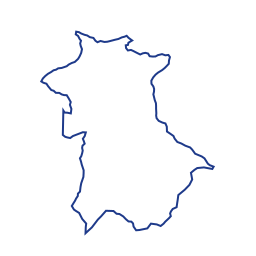 the district of Princesa Isabel, Paraíba, Brazil, rotated 352°
{"feature_id": "56859067B23626144557012", "entity_name": "Princesa Isabel", "entity_type": "district", "adm_level": 2, "iso_a3": "BRA", "parent_name": "Brazil", "parent_adm1": "Paraíba", "projection": "mercator", "projection_center": [-38.007, -7.646], "detail": "fine", "context": "isolated", "style": "outline", "palette": "blue", "viewbox_px": 256, "rotation_deg": 352, "n_neighbors": 0, "source": "geoboundaries", "source_scale": "gbopen_adm2", "svg_char_len": 2467}
<svg xmlns="http://www.w3.org/2000/svg" viewBox="0 0 256 256"><g transform="rotate(352 128 128)"><path d="M90.1,25.4L89.3,28.0L91.4,29.9L92.4,32.9L93.6,35.0L92.4,37.6L92.6,40.1L93.4,43.5L92.1,47.1L90.0,50.4L88.2,52.6L84.5,55.2L81.3,55.8L78.2,56.9L75.9,58.3L70.7,59.3L67.1,59.2L65.0,60.2L62.3,60.5L59.6,61.9L56.3,63.2L53.3,65.0L50.6,67.1L48.6,69.8L50.5,71.4L53.4,72.8L54.7,75.5L57.3,79.7L59.6,80.8L61.4,83.1L64.9,83.7L67.0,85.5L69.2,86.5L71.9,87.0L73.3,90.2L74.9,94.3L73.7,97.0L74.6,101.2L73.4,105.6L70.0,104.4L67.4,103.9L66.4,101.7L62.5,125.8L64.6,128.0L66.8,129.0L69.4,129.9L72.3,128.3L82.7,125.9L85.6,126.5L84.0,130.0L81.8,132.4L82.4,134.8L82.9,137.5L80.5,139.2L79.8,141.3L80.0,144.1L79.1,146.6L77.8,149.4L76.2,151.3L76.8,154.7L77.1,157.8L78.2,163.7L77.7,166.9L77.0,170.3L74.0,176.2L72.8,179.7L71.6,184.3L69.3,186.0L68.8,188.4L66.8,190.6L65.4,192.7L63.7,194.7L61.5,197.4L63.1,201.2L64.9,202.9L67.8,205.3L69.0,208.8L70.0,211.7L71.8,214.5L73.3,216.8L72.4,220.2L71.3,226.3L74.9,223.8L78.4,221.4L85.4,214.5L89.1,211.7L94.7,206.9L102.1,208.2L104.7,211.3L107.6,212.0L111.0,214.9L113.2,218.0L115.5,220.6L118.3,221.2L119.7,223.2L119.8,226.4L121.8,230.4L125.1,230.6L133.2,230.1L137.4,225.9L143.1,227.5L146.7,229.6L149.9,227.7L151.9,225.9L154.5,224.1L156.3,222.8L158.1,221.3L157.8,218.5L158.9,216.6L161.0,214.4L165.1,213.2L166.4,208.7L167.2,206.1L168.5,201.4L175.5,197.1L180.9,192.9L184.4,187.9L184.1,181.1L188.0,178.7L191.0,177.3L197.7,177.6L205.8,180.3L207.4,178.2L203.8,176.2L202.1,174.4L199.5,168.7L197.0,166.4L193.1,164.1L190.9,162.8L189.5,160.1L188.4,158.1L186.8,155.9L184.9,154.9L182.3,153.5L178.7,150.8L174.9,148.7L172.7,145.0L171.9,142.2L169.1,139.6L166.1,136.9L166.6,132.1L165.7,128.7L162.8,127.4L159.4,125.2L157.7,122.3L157.6,119.7L158.1,117.4L158.5,112.8L158.9,109.9L159.1,107.3L158.4,104.2L158.1,101.1L157.8,98.2L158.8,95.6L159.3,93.0L158.9,90.4L157.4,87.5L157.7,84.4L160.0,81.4L162.7,79.0L165.5,77.3L167.6,76.4L169.9,75.4L172.7,73.7L174.7,72.2L177.3,70.1L178.0,66.8L179.4,63.6L178.2,61.3L175.1,61.2L172.0,59.6L167.8,60.0L165.1,61.0L162.0,60.6L159.4,59.9L158.3,57.1L155.7,56.0L153.1,56.1L150.3,56.9L146.8,54.5L144.0,52.5L141.8,51.1L138.7,51.2L137.2,48.6L137.3,45.8L139.5,45.7L140.3,43.6L144.3,41.9L141.1,38.8L139.5,36.5L137.3,37.1L134.5,37.4L130.9,38.5L127.4,38.8L122.4,39.4L119.5,39.7L116.6,39.5L112.9,38.0L109.7,38.8L107.9,37.1L106.3,34.0L102.8,32.7L100.5,30.7L98.0,29.7L94.8,27.9L92.8,26.3L90.1,25.4Z" fill="none" stroke="#1e3a8a" stroke-width="2"/></g></svg>